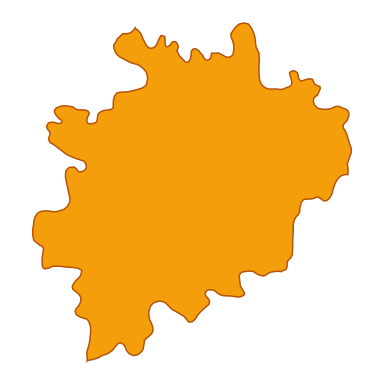 Chavusy, Mogilev, Belarus (orthographic projection)
{"feature_id": "67162791B68481301764251", "entity_name": "Chavusy", "entity_type": "district", "adm_level": 2, "iso_a3": "BLR", "parent_name": "Belarus", "parent_adm1": "Mogilev", "projection": "orthographic", "projection_center": [30.902, 53.786], "detail": "fine", "context": "isolated", "style": "filled", "palette": "amber", "viewbox_px": 384, "rotation_deg": 0, "n_neighbors": 0, "source": "geoboundaries", "source_scale": "gbopen_adm2", "svg_char_len": 5469}
<svg xmlns="http://www.w3.org/2000/svg" viewBox="0 0 384 384"><path d="M87.2,361.0L87.6,360.5L90.8,359.9L94.0,359.2L98.4,357.7L102.6,355.3L107.6,353.8L112.4,350.4L114.8,347.3L118.1,343.5L120.5,342.8L123.5,344.3L125.2,346.9L126.1,349.5L127.3,351.6L129.8,354.1L133.6,355.6L137.6,354.8L139.5,353.4L141.4,351.8L142.8,349.8L143.5,347.1L144.0,344.4L144.4,340.9L146.0,338.6L148.9,336.3L151.5,333.8L153.0,330.9L152.7,327.1L151.5,323.5L149.7,319.9L148.8,315.4L148.8,311.3L150.1,306.9L152.3,304.0L154.3,302.5L158.2,301.3L160.3,301.1L164.3,302.1L167.8,305.0L170.1,307.7L172.3,309.6L174.8,310.9L177.9,312.6L181.4,314.8L183.9,316.2L186.2,319.0L188.7,322.0L190.7,322.0L192.3,321.7L195.0,319.3L195.9,318.2L197.0,316.1L198.6,314.1L200.4,311.9L202.6,309.8L205.4,307.4L207.8,305.3L208.8,304.4L209.7,301.9L208.8,299.4L207.5,297.9L205.6,295.4L205.2,292.9L206.8,290.6L208.9,289.7L214.0,290.2L215.9,291.8L218.9,294.1L220.6,294.9L223.5,295.7L227.6,295.9L230.1,295.9L234.9,296.7L240.0,297.0L242.7,295.8L244.2,294.7L244.5,293.1L243.0,290.5L241.9,288.7L240.3,285.7L239.9,282.4L239.6,279.2L239.2,275.7L240.4,273.3L242.2,272.0L246.3,271.4L248.9,271.2L251.1,271.2L253.8,271.7L256.5,273.7L259.4,275.1L263.5,276.0L266.1,274.9L268.1,273.4L271.1,272.1L274.8,271.5L278.3,271.3L281.7,271.6L281.9,271.2L283.9,270.3L286.1,269.3L287.1,266.7L287.1,263.4L287.6,261.2L289.5,259.2L291.0,257.4L292.3,254.7L292.6,248.9L292.7,242.1L292.8,237.2L293.3,229.7L293.2,225.5L293.5,222.8L294.6,219.2L296.4,216.5L298.1,214.8L299.8,211.6L299.7,208.9L300.3,205.9L301.5,202.1L303.4,199.9L304.9,199.2L307.0,199.1L309.4,199.1L313.2,198.6L315.8,197.5L317.1,197.2L319.2,197.5L322.0,199.7L324.2,200.9L326.4,200.6L328.0,199.6L330.0,197.5L331.5,194.8L332.5,191.6L333.5,187.7L334.7,184.5L336.8,180.1L338.9,177.6L341.1,175.9L343.8,174.8L346.5,174.5L347.9,174.7L348.0,169.9L347.4,163.4L348.7,159.8L350.1,155.8L351.3,152.3L351.1,147.8L349.5,143.5L348.0,138.6L346.7,134.2L345.3,130.8L343.5,128.4L342.9,126.1L343.8,124.0L345.4,122.3L346.8,120.9L348.4,117.3L348.8,115.3L348.8,112.3L347.3,110.1L344.3,108.5L342.1,108.0L339.6,106.4L336.4,106.4L334.6,106.8L331.2,108.6L327.4,109.2L323.8,109.4L317.7,108.3L314.3,104.7L313.4,101.5L313.6,98.7L315.9,95.8L317.2,95.6L318.9,91.8L320.2,89.1L320.0,86.7L316.9,85.3L314.6,84.1L312.4,79.2L309.1,78.8L306.3,79.4L303.5,80.4L301.3,80.9L298.9,79.4L298.3,77.0L298.1,75.2L297.3,72.6L294.3,70.8L291.6,71.1L289.5,72.8L289.9,75.1L290.8,77.5L291.5,80.5L291.8,83.6L291.0,85.4L289.4,86.7L285.8,87.8L283.4,89.1L280.2,89.5L276.5,89.0L273.0,89.0L268.4,89.0L265.3,87.8L263.4,86.5L261.0,83.6L259.8,80.7L259.3,77.9L259.0,73.8L259.0,70.0L258.9,65.7L259.4,60.6L259.0,56.5L259.2,54.1L257.9,50.9L256.1,47.1L255.7,44.7L255.3,40.8L254.9,37.2L253.7,33.0L252.1,29.5L250.3,26.5L248.0,23.8L243.3,23.0L239.2,24.1L236.0,26.7L234.3,29.0L232.2,31.8L230.8,33.9L231.2,37.5L232.6,40.6L233.8,45.3L233.8,49.2L233.4,52.6L232.8,54.7L230.7,56.6L228.8,57.2L227.1,57.2L225.0,56.5L221.2,54.3L218.7,53.1L215.5,53.2L211.6,53.2L211.0,56.5L210.8,57.6L209.6,59.3L207.9,60.1L206.0,60.2L204.1,58.1L202.2,54.7L200.2,52.6L198.7,50.6L195.8,48.9L193.3,48.9L191.4,51.0L191.1,54.9L190.6,58.0L189.4,60.7L188.0,62.0L186.8,62.3L185.0,61.8L183.2,59.7L180.6,57.2L179.0,55.0L176.9,50.8L178.4,46.9L177.4,43.8L175.6,41.6L172.6,41.8L170.0,45.2L167.6,46.8L165.6,46.1L165.1,43.1L165.0,38.6L164.7,36.5L162.4,35.6L160.8,35.8L158.3,40.4L157.7,42.4L155.6,46.1L153.1,47.9L150.9,48.3L148.7,47.8L146.3,45.2L143.2,39.5L141.9,36.1L140.6,33.2L137.8,30.1L136.1,29.2L135.1,27.7L134.3,29.3L132.4,31.3L129.8,33.1L127.1,33.7L122.8,33.7L122.7,33.7L121.9,34.6L117.3,38.9L116.0,41.9L113.9,44.5L113.7,47.3L115.1,51.5L116.9,54.5L119.9,57.1L124.6,59.4L127.3,60.9L130.8,62.7L137.6,64.6L140.7,66.3L143.7,69.0L146.0,71.8L147.0,74.3L147.6,78.5L146.8,82.7L146.1,84.9L145.0,86.2L141.6,88.3L137.4,89.5L134.4,90.3L128.4,91.7L126.1,91.9L121.9,92.1L119.4,92.3L116.5,93.3L114.6,96.1L113.5,99.5L113.3,102.9L113.2,106.2L113.1,108.0L112.0,108.8L110.6,109.6L108.4,109.8L106.5,110.1L103.3,110.6L101.2,111.5L99.7,112.6L98.2,113.9L97.7,115.5L97.4,118.3L96.9,121.2L95.6,122.7L90.4,124.0L88.3,123.6L86.8,121.6L86.9,119.4L87.5,117.2L88.6,115.0L89.3,113.6L88.3,111.3L86.3,110.2L83.1,109.9L80.0,109.9L76.7,109.6L74.5,108.2L72.9,107.0L69.4,106.2L63.4,105.8L60.1,106.4L56.4,107.9L54.4,110.3L55.0,113.7L56.7,115.9L59.1,118.6L61.0,119.7L61.9,121.5L61.4,123.1L58.1,123.6L54.4,122.3L50.7,122.3L48.5,122.9L46.5,126.0L47.3,128.8L49.5,131.5L50.2,134.1L49.3,136.1L48.6,139.4L50.2,142.7L53.4,144.4L56.2,146.5L60.8,149.9L66.5,154.4L72.2,157.0L76.4,158.7L79.6,159.7L81.1,160.2L84.1,161.2L86.1,164.6L86.3,167.9L84.5,170.5L81.0,171.8L78.3,171.6L76.6,169.0L74.2,167.1L72.1,167.1L69.0,167.5L66.1,170.4L65.6,173.2L65.4,176.5L66.1,180.1L66.6,183.1L67.3,185.7L68.3,190.9L69.2,194.6L70.0,198.6L69.4,203.0L66.9,206.9L63.6,209.5L57.9,211.3L54.2,211.8L47.5,210.9L43.6,211.0L40.8,211.4L37.7,213.1L35.1,216.7L33.9,220.9L33.5,224.7L32.8,229.2L32.7,233.3L32.9,236.2L33.9,240.4L36.8,242.8L40.0,245.4L42.3,246.2L43.6,249.2L43.1,251.7L42.6,255.1L42.1,258.2L42.1,261.5L42.2,264.6L42.9,267.6L44.9,268.9L49.2,267.9L52.6,266.3L59.2,266.2L67.1,267.1L73.0,267.5L77.8,268.2L81.6,270.2L81.2,274.0L79.1,277.7L76.4,280.0L74.4,282.5L73.9,283.3L72.2,286.2L72.8,289.1L75.5,291.4L78.6,293.9L80.8,297.0L80.9,301.1L79.0,305.5L76.0,308.9L75.1,311.6L76.4,314.8L79.8,316.9L84.6,318.6L86.6,318.8L88.8,321.5L90.5,326.3L90.7,332.2L90.1,337.3L89.6,341.6L88.4,347.2L87.6,349.1L86.7,353.3L87.2,357.1L87.2,361.0Z" fill="#f59e0b" stroke="#b45309" stroke-width="1.5"/></svg>